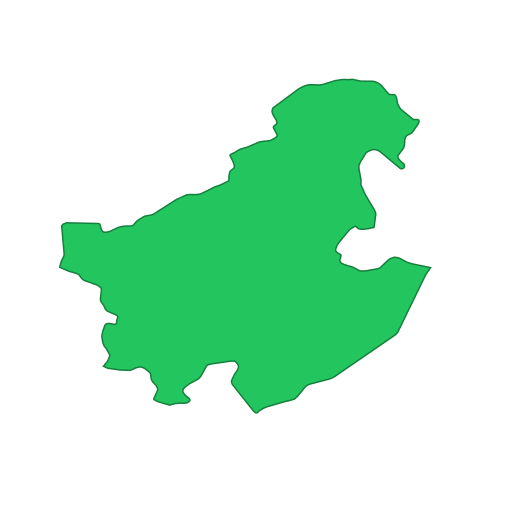 the border of Central, rotated 75°
{"feature_id": "KEN-1195", "entity_name": "Central", "entity_type": "Province", "adm_level": 1, "iso_a3": "KEN", "parent_name": "Kenya", "parent_adm1": "", "projection": "natural_earth1", "projection_center": [36.807, -0.59], "detail": "fine", "context": "isolated", "style": "filled", "palette": "green", "viewbox_px": 512, "rotation_deg": 75, "n_neighbors": 0, "source": "natural_earth", "source_scale": "10m", "svg_char_len": 4371}
<svg xmlns="http://www.w3.org/2000/svg" viewBox="0 0 512 512"><g transform="rotate(75 256 256)"><path d="M312.4,90.4L317.9,96.8L366.5,139.0L368.2,141.8L393.0,211.8L393.8,216.2L393.7,237.0L394.0,239.4L394.8,241.8L402.3,252.2L404.2,256.1L404.3,263.1L404.1,265.3L404.5,284.8L405.0,288.0L406.2,292.4L406.7,293.6L407.4,294.6L407.8,295.6L407.4,296.9L405.0,298.6L373.9,312.1L372.0,312.3L370.6,312.1L369.6,311.5L364.9,307.6L361.7,303.8L359.9,302.3L358.9,301.8L357.8,301.5L356.9,301.5L355.9,301.7L354.8,302.1L352.7,303.2L352.2,303.7L351.6,305.2L351.0,307.6L348.7,327.2L348.7,330.1L349.2,332.0L357.9,340.4L358.6,341.4L359.3,342.5L359.9,343.7L362.4,354.0L364.5,359.0L365.2,360.0L366.0,361.0L367.1,361.5L368.4,361.7L369.7,361.5L370.9,361.0L372.1,360.4L376.0,357.6L377.0,357.1L378.0,357.0L378.8,357.7L379.5,358.8L379.9,360.1L379.9,362.0L379.5,364.1L378.6,366.7L377.6,372.7L377.7,378.0L371.3,388.5L368.6,391.4L368.1,391.8L367.6,391.8L360.2,385.8L359.0,385.4L357.8,385.4L355.3,386.0L354.2,386.5L352.1,387.7L350.5,388.5L348.2,389.0L345.4,388.8L344.2,388.5L342.8,388.4L341.5,388.6L340.4,389.2L336.0,392.5L334.4,394.3L333.4,396.0L332.9,398.1L333.0,401.6L333.8,405.6L333.8,407.6L331.0,416.6L326.2,428.1L323.0,431.9L319.6,427.1L317.2,424.9L314.1,422.8L307.3,424.4L304.3,425.7L302.7,426.1L300.7,426.3L297.4,426.2L293.8,425.7L292.0,425.0L288.1,422.9L284.1,420.1L283.2,419.2L282.8,417.9L282.9,416.4L283.2,415.0L285.4,410.5L285.5,409.3L285.1,408.4L284.3,407.9L282.0,407.0L281.5,406.8L279.8,405.6L278.6,405.4L277.4,405.6L271.0,413.6L269.9,414.4L268.7,415.2L264.6,415.8L262.8,416.4L260.6,417.3L259.2,417.7L257.9,417.6L248.4,414.0L247.2,413.8L245.3,414.9L242.9,417.0L235.4,427.9L234.0,429.3L231.0,430.9L229.3,431.4L227.7,432.4L226.3,434.0L222.3,440.7L216.1,448.5L214.1,447.5L210.1,444.9L206.5,441.8L205.6,441.2L204.0,440.7L176.5,435.9L175.3,434.0L174.9,430.4L183.8,399.9L184.6,398.8L185.8,398.5L190.0,398.5L191.4,398.2L192.5,397.8L193.5,396.8L194.2,395.1L194.4,392.2L194.3,390.1L192.8,382.0L192.7,380.4L193.0,375.5L194.7,368.7L194.8,367.8L194.8,367.3L194.6,366.8L191.3,361.8L190.8,360.6L189.1,354.8L188.8,353.4L188.8,351.5L189.3,346.7L189.2,345.3L189.0,344.0L180.8,318.2L179.0,307.0L179.3,304.7L181.3,297.5L181.6,294.9L181.6,292.8L178.5,277.5L178.2,272.3L176.6,264.1L176.2,262.9L175.3,262.4L174.5,262.2L173.5,262.0L171.2,261.2L168.9,260.1L167.9,259.4L167.1,258.5L166.0,255.9L165.4,254.7L164.5,254.0L163.3,253.6L160.5,253.6L157.5,254.0L152.6,255.1L152.0,255.0L151.5,254.7L151.2,253.6L150.3,249.1L149.4,246.4L148.7,243.4L148.6,236.3L146.7,223.2L147.1,219.2L147.6,216.6L148.1,212.9L148.0,211.3L146.9,207.0L146.5,205.8L145.8,204.8L145.0,204.3L144.1,204.3L137.1,205.9L136.0,205.9L135.2,205.1L134.6,204.1L134.2,202.8L133.5,201.8L132.6,201.2L131.4,201.2L130.0,201.3L124.9,202.8L122.1,203.2L120.7,203.1L119.5,202.7L118.6,202.2L117.9,201.8L117.3,201.2L105.7,171.7L104.9,168.8L104.4,165.6L104.2,162.2L104.3,160.4L104.7,158.7L107.1,150.9L107.6,147.8L107.1,134.0L107.8,127.5L108.6,124.1L109.3,122.2L110.4,116.9L113.8,110.4L114.3,109.2L117.4,98.1L118.6,95.5L121.7,92.2L124.0,90.6L133.5,86.1L134.3,85.4L135.0,84.2L135.6,81.5L136.2,80.3L137.6,79.6L140.3,79.4L145.5,79.8L149.4,79.0L151.6,78.2L163.9,69.5L164.8,68.6L165.3,67.4L166.0,64.6L166.8,63.7L167.9,63.5L169.6,64.5L170.7,65.5L176.4,72.2L177.1,73.3L177.7,74.6L178.6,79.0L179.7,80.7L181.8,82.0L186.4,83.6L188.6,84.7L190.1,85.7L195.5,92.6L196.6,93.2L198.1,93.4L200.6,92.4L202.1,91.6L205.5,89.3L206.6,89.1L207.9,89.3L209.1,90.4L209.6,91.7L209.5,92.8L209.2,93.5L208.5,94.2L187.8,108.8L186.0,110.4L184.8,112.1L184.2,113.2L183.7,114.6L183.4,116.1L183.5,117.7L184.1,120.8L184.5,122.1L185.1,123.3L192.2,130.8L195.4,133.3L199.4,134.1L210.0,134.9L214.2,136.3L225.2,134.5L242.1,129.7L244.9,129.3L247.0,129.6L258.1,134.2L259.0,134.7L259.1,135.2L258.7,136.8L258.7,140.1L257.9,145.6L257.4,147.5L256.9,148.6L256.2,149.7L255.4,150.6L253.5,151.7L253.0,152.3L253.1,153.4L254.3,157.6L254.8,158.8L264.3,172.2L266.7,174.9L269.6,177.0L270.4,177.4L271.1,177.6L272.1,177.6L273.6,176.8L274.7,175.8L275.9,174.5L276.8,173.8L277.8,173.8L280.9,175.6L282.0,176.2L283.5,176.1L284.9,175.5L286.7,173.4L289.6,169.2L290.4,167.5L292.3,164.8L296.2,160.7L297.0,159.7L297.6,158.6L298.3,156.0L298.9,152.4L299.8,141.6L299.5,139.2L293.9,128.9L293.5,127.6L293.2,126.1L293.0,122.7L293.8,120.6L295.0,118.3L301.2,111.6L304.2,106.8L312.4,90.4Z" fill="#22c55e" stroke="#15803d" stroke-width="1.5"/></g></svg>